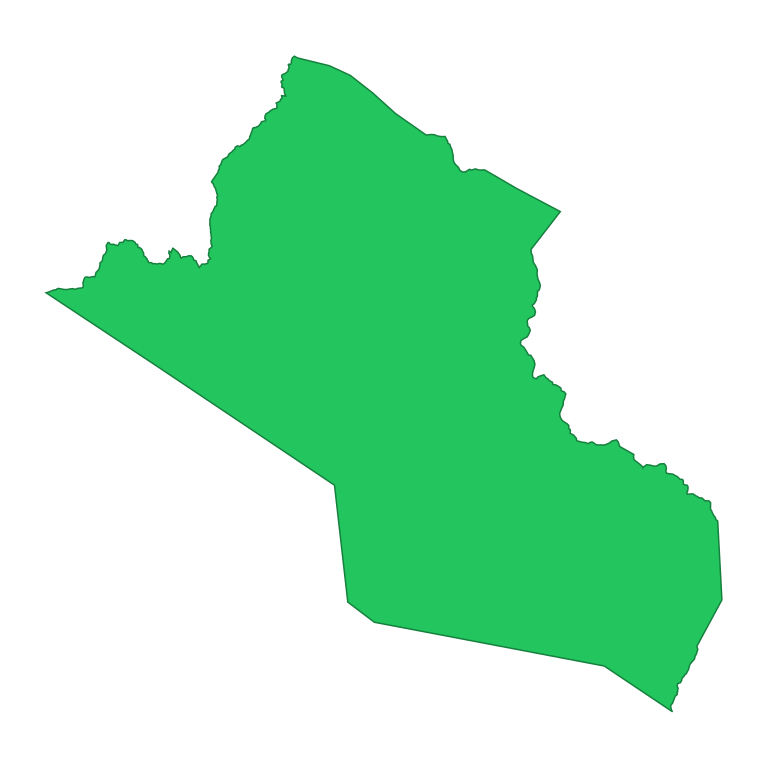 outline of Menyamya District, Morobe, Papua New Guinea
{"feature_id": "67681753B12937966801252", "entity_name": "Menyamya District", "entity_type": "district", "adm_level": 2, "iso_a3": "PNG", "parent_name": "Papua New Guinea", "parent_adm1": "Morobe", "projection": "orthographic", "projection_center": [146.094, -7.257], "detail": "fine", "context": "isolated", "style": "filled", "palette": "green", "viewbox_px": 768, "rotation_deg": 0, "n_neighbors": 0, "source": "geoboundaries", "source_scale": "gbopen_adm2", "svg_char_len": 6054}
<svg xmlns="http://www.w3.org/2000/svg" viewBox="0 0 768 768"><path d="M516.7,188.5L484.7,169.9L479.2,170.1L475.5,168.9L471.2,170.1L469.6,169.3L467.6,170.4L465.7,171.8L462.8,172.1L459.9,170.4L458.4,167.3L455.6,164.6L453.9,162.3L453.2,159.0L453.1,155.0L452.3,152.1L452.0,149.8L450.5,146.6L449.9,144.3L448.1,143.5L447.4,140.6L447.0,140.3L445.1,136.5L441.4,136.6L437.5,136.0L434.4,134.7L431.7,134.5L428.8,134.7L426.3,135.1L395.7,113.7L372.6,92.9L350.4,75.5L340.0,70.6L329.2,65.7L297.4,57.9L294.4,56.2L292.4,57.8L291.8,59.4L291.4,60.7L291.3,62.4L290.8,64.1L290.3,64.6L289.5,64.5L289.0,64.1L288.4,64.5L288.4,65.3L289.2,67.6L288.5,68.9L288.1,69.8L288.0,71.3L285.1,73.5L282.6,74.5L281.9,75.0L281.7,75.7L281.9,77.3L282.5,78.5L282.9,79.5L282.9,80.4L281.3,81.1L281.1,81.7L281.2,82.6L282.2,84.0L282.1,84.9L281.6,86.7L282.0,87.4L283.4,87.7L284.0,88.2L284.2,89.6L284.4,92.2L284.7,93.7L285.7,96.0L285.1,96.0L284.4,95.8L282.9,96.0L281.9,95.5L281.5,95.8L282.1,97.9L281.7,98.6L280.9,99.0L280.5,99.6L280.3,100.5L280.0,101.1L277.5,102.5L276.8,102.6L276.2,103.0L276.9,104.4L277.0,105.6L276.8,106.6L277.0,107.3L276.7,108.0L276.0,108.5L273.2,109.1L272.3,109.5L271.3,110.3L270.2,110.8L268.8,112.3L266.9,113.3L266.0,113.9L265.2,115.4L264.8,117.7L264.9,118.6L265.4,119.2L265.7,120.1L265.0,121.0L262.3,121.5L261.3,121.9L260.7,123.3L259.8,124.7L258.4,126.1L256.1,127.3L254.7,127.6L253.2,127.9L252.6,128.6L252.0,131.2L251.0,133.4L250.8,134.6L250.3,135.6L249.8,136.2L249.4,138.7L248.9,139.5L247.7,140.1L246.5,141.4L245.7,142.4L244.1,143.6L243.2,144.5L242.6,144.8L241.3,145.1L240.5,146.1L240.0,146.4L237.3,145.9L235.3,147.2L234.5,149.5L233.1,150.3L232.1,151.7L229.3,153.7L228.8,154.4L228.1,155.9L227.7,156.7L226.3,157.6L222.9,159.4L222.3,160.3L221.6,162.2L221.1,163.3L220.8,164.7L220.0,165.4L219.2,166.0L219.3,167.7L219.2,168.8L219.0,169.5L218.3,170.5L218.2,171.8L217.7,172.8L211.6,181.5L211.9,182.6L213.0,183.3L214.3,186.7L215.3,188.1L216.6,192.4L216.9,193.8L217.7,195.0L216.9,196.9L216.9,198.3L217.4,199.6L216.9,201.5L216.9,203.8L216.6,205.6L216.1,206.1L215.3,206.2L213.6,209.7L212.9,211.6L211.2,213.6L211.0,216.0L209.9,219.3L210.0,220.5L209.8,225.1L210.4,226.4L210.3,228.3L210.7,230.3L210.6,232.6L211.1,234.0L211.0,235.3L211.5,237.9L210.8,241.1L211.2,242.8L211.0,243.8L211.9,244.9L211.8,245.8L212.0,246.7L210.1,248.5L209.1,249.2L209.1,251.3L208.4,254.7L208.5,255.4L209.5,257.4L210.3,258.3L210.5,258.7L209.6,259.5L208.0,260.3L208.0,262.0L207.9,262.9L207.5,263.4L204.8,264.1L202.0,264.1L199.2,267.5L196.8,263.0L196.4,262.5L196.3,261.1L193.8,259.9L193.1,258.1L192.4,256.8L191.1,255.8L188.5,255.8L186.1,256.8L183.7,256.7L182.5,257.1L181.3,258.1L180.5,257.5L180.2,255.9L179.5,254.4L178.5,253.5L178.1,252.4L173.0,248.2L172.3,249.2L171.5,251.5L171.0,252.6L170.1,251.6L169.1,251.1L168.8,253.0L169.6,254.6L169.9,255.6L169.7,257.7L169.2,258.5L167.5,258.9L165.9,261.5L164.7,263.0L163.4,264.0L162.7,264.2L161.3,263.6L159.5,263.4L157.5,264.0L156.1,263.9L155.0,263.6L152.9,263.7L152.0,263.0L151.1,262.7L148.9,262.5L147.9,261.2L148.0,260.7L147.3,260.1L146.9,258.6L146.2,258.2L145.5,256.9L144.1,256.0L143.6,255.3L143.7,253.8L143.5,252.7L142.5,251.1L142.0,249.5L139.6,247.5L138.2,247.5L137.6,246.4L137.8,245.0L137.5,244.5L135.9,244.0L134.8,242.1L132.5,240.6L128.9,240.5L128.3,240.8L126.9,240.4L126.3,239.9L124.8,239.7L122.9,242.4L121.5,242.4L119.9,242.4L119.3,243.1L118.5,244.8L117.8,245.5L117.1,245.5L116.2,245.1L115.1,245.1L113.7,244.2L111.6,244.5L110.1,244.0L108.9,242.5L107.9,242.6L106.2,245.7L106.7,249.1L106.7,250.7L106.1,251.7L105.7,253.2L104.8,254.2L103.8,254.9L103.2,255.9L102.6,258.5L102.3,260.7L101.4,261.8L100.2,262.6L99.9,263.3L100.0,264.6L99.5,267.5L98.9,269.3L97.3,271.2L96.1,272.3L95.6,274.0L95.4,275.5L94.9,276.7L92.8,276.6L89.0,277.5L86.9,276.9L85.3,277.2L84.3,278.4L82.9,282.9L83.3,285.9L82.9,287.4L81.9,287.9L77.4,288.4L75.8,289.3L72.3,288.6L66.2,289.6L63.2,289.3L58.3,288.4L56.7,289.1L56.1,289.8L53.8,290.0L48.5,292.1L46.1,292.8L159.2,367.7L334.5,485.2L347.8,602.1L374.4,622.3L604.2,666.0L672.5,711.8L671.3,709.6L670.6,705.6L672.6,703.1L675.1,696.4L677.3,694.3L676.9,692.7L677.7,691.8L677.6,690.4L678.1,688.2L677.1,686.1L677.8,683.4L680.3,682.8L681.7,680.3L682.0,678.3L683.7,676.7L684.5,675.2L686.4,673.5L687.3,671.6L688.6,669.4L689.2,666.8L690.0,664.3L691.7,662.2L694.4,659.2L695.1,656.3L696.3,654.2L697.8,649.3L696.8,646.4L721.9,599.9L717.7,521.1L715.7,519.3L715.4,517.6L713.2,514.6L711.5,510.7L710.5,509.2L710.6,502.6L709.0,500.9L704.9,500.8L703.3,499.2L701.9,498.0L698.9,497.7L697.4,496.5L695.8,495.8L693.1,493.9L689.8,494.0L687.4,494.2L686.7,492.8L687.6,491.3L688.0,488.9L688.0,486.6L687.1,485.2L684.4,484.8L683.4,483.9L683.2,482.7L683.4,481.0L682.6,479.5L679.9,479.2L677.4,476.6L674.6,475.2L673.0,474.2L666.6,473.3L665.8,471.2L666.4,468.6L665.8,465.6L664.1,463.7L660.1,463.9L656.8,465.9L654.3,466.2L650.4,465.2L646.7,464.7L642.9,467.3L642.8,467.6L642.5,466.8L640.8,465.0L634.2,459.9L633.5,457.2L633.8,454.5L619.7,446.5L618.2,441.9L616.4,439.9L611.9,441.0L609.1,443.2L604.7,445.0L596.5,444.9L592.5,442.1L591.2,442.0L588.0,443.6L585.6,442.6L581.5,442.1L576.8,440.7L576.2,438.2L573.5,435.0L570.1,433.4L570.4,431.1L570.2,429.5L568.8,428.7L568.8,425.5L567.0,423.7L565.5,422.8L562.2,420.5L560.3,417.3L559.6,413.6L561.3,409.1L563.2,405.0L563.4,400.9L564.4,399.1L565.8,393.8L564.0,391.7L561.5,391.0L560.7,387.9L558.8,386.6L555.9,384.9L553.0,384.5L552.4,382.2L549.4,380.6L547.8,378.8L546.0,377.7L543.9,374.8L541.0,375.7L538.1,376.8L536.3,378.8L533.0,377.6L532.4,374.5L533.1,370.7L534.3,367.3L534.9,364.2L534.1,360.8L532.5,358.0L530.8,355.3L528.6,355.1L526.3,351.1L523.8,347.2L521.2,345.3L520.4,343.4L521.1,340.3L524.1,338.5L527.3,336.8L528.8,334.0L530.3,330.3L529.3,327.7L527.8,326.3L527.2,320.6L528.7,318.5L531.8,317.1L534.6,315.3L535.5,311.9L534.4,308.5L532.4,306.1L532.4,304.8L534.2,303.8L536.5,299.7L536.3,297.7L537.3,296.7L537.5,293.8L537.4,291.3L538.7,290.6L539.5,289.2L540.3,285.8L539.7,283.0L537.9,279.0L537.0,273.7L537.3,269.8L535.7,266.1L533.3,262.2L532.6,255.9L531.3,253.2L531.0,249.5L560.3,211.6L516.7,188.5Z" fill="#22c55e" stroke="#15803d" stroke-width="1.5"/></svg>